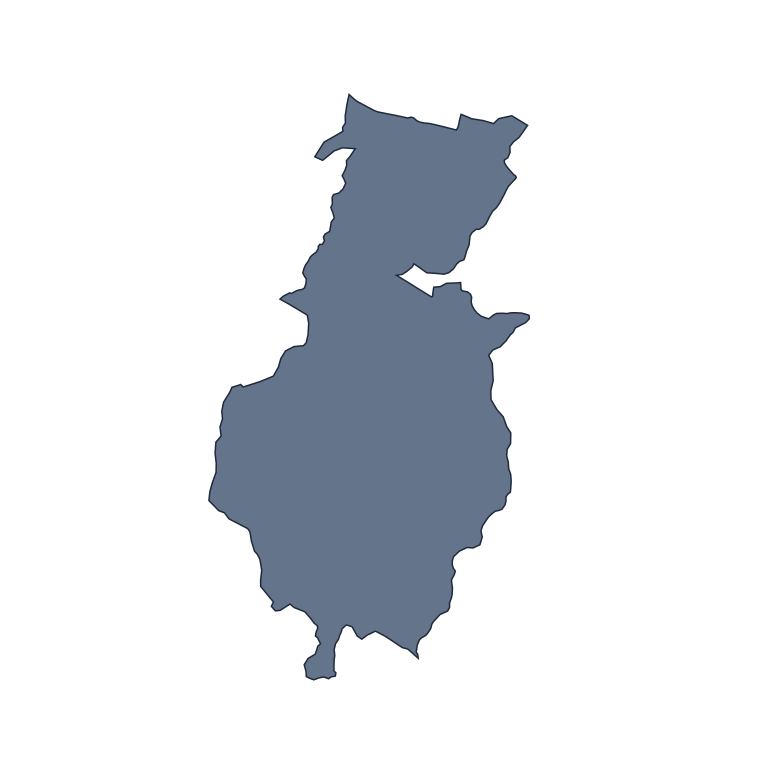 outline of Landero y Coss, Veracruz, Mexico, rotated 206°
{"feature_id": "50627088B86274665639855", "entity_name": "Landero y Coss", "entity_type": "district", "adm_level": 2, "iso_a3": "MEX", "parent_name": "Mexico", "parent_adm1": "Veracruz", "projection": "orthographic", "projection_center": [-96.854, 19.743], "detail": "fine", "context": "isolated", "style": "filled", "palette": "slate", "viewbox_px": 768, "rotation_deg": 206, "n_neighbors": 0, "source": "geoboundaries", "source_scale": "gbopen_adm2", "svg_char_len": 6064}
<svg xmlns="http://www.w3.org/2000/svg" viewBox="0 0 768 768"><g transform="rotate(206 384 384)"><path d="M542.3,628.9L540.0,619.7L539.6,618.2L536.4,608.0L535.3,605.9L533.1,601.6L533.4,599.4L533.7,596.5L532.6,594.5L531.8,593.0L537.9,583.9L543.9,575.2L544.0,574.2L544.4,570.8L545.8,557.9L543.6,557.9L542.5,558.0L537.2,558.1L535.5,561.8L532.8,567.6L531.0,571.6L527.3,575.5L525.0,578.0L524.9,578.1L513.7,582.6L513.0,582.9L513.7,578.0L514.3,573.7L515.7,568.3L515.2,567.4L514.0,565.3L513.4,564.3L513.1,561.5L512.8,559.4L512.8,556.9L512.9,552.9L512.5,552.5L510.5,551.2L506.5,547.7L506.4,545.5L506.3,541.4L507.3,538.6L508.3,535.8L512.4,532.1L512.4,528.9L511.2,526.7L509.3,523.1L509.2,519.4L505.6,516.0L505.2,515.7L501.4,511.4L502.1,508.1L502.4,506.4L500.3,499.4L499.7,497.4L502.7,492.9L502.9,489.5L502.7,489.4L500.3,486.5L500.6,482.7L500.6,482.4L502.9,481.4L503.2,479.9L503.4,479.0L503.0,478.1L502.4,476.6L502.8,472.6L503.4,471.6L504.7,469.0L505.2,467.9L505.9,465.8L505.9,461.2L506.7,456.7L506.5,452.4L506.2,451.1L505.9,449.5L505.6,448.1L502.5,445.8L500.0,444.5L498.2,440.2L497.7,436.3L497.6,435.5L498.9,433.3L502.7,430.3L503.1,429.9L504.2,428.5L506.7,424.9L508.1,424.6L508.8,424.5L513.1,418.6L514.7,414.7L505.2,414.2L498.2,413.6L497.9,413.6L488.8,412.8L484.4,412.4L483.2,412.3L481.9,410.6L478.2,405.4L478.1,405.1L473.8,394.8L472.0,387.0L473.2,383.1L474.8,382.1L476.2,381.3L481.2,378.3L487.0,370.6L487.9,361.9L486.3,352.7L486.7,346.2L486.9,342.5L488.0,341.3L496.6,331.7L509.2,319.6L512.6,320.7L514.8,318.5L518.5,315.0L519.2,314.4L519.0,309.0L520.2,297.5L520.2,297.2L519.5,294.6L518.7,291.6L517.9,288.5L515.8,285.1L513.8,281.7L513.6,280.3L512.6,273.5L507.6,265.8L508.1,263.8L509.6,258.1L506.3,249.8L505.4,247.6L499.9,239.0L498.5,235.9L496.2,231.0L494.9,219.3L494.3,216.1L493.3,210.8L490.3,202.5L486.6,201.2L477.0,197.7L470.8,198.3L464.3,194.9L462.9,194.8L443.3,194.3L439.7,192.4L434.0,184.3L427.0,176.9L423.4,175.5L418.8,172.2L412.2,162.9L409.0,153.8L406.1,148.0L387.8,139.6L387.8,134.8L382.2,132.5L378.2,134.9L372.0,145.0L366.7,143.7L356.5,144.5L355.2,144.5L354.0,144.0L346.8,141.0L346.7,140.9L341.9,138.4L340.3,138.1L338.0,137.6L337.4,136.7L336.5,135.3L336.4,134.1L336.3,131.4L335.3,127.9L335.2,127.4L332.4,126.8L327.2,122.6L327.3,122.3L328.6,119.2L327.9,115.7L327.5,111.5L327.4,110.9L328.6,109.2L331.9,104.1L332.0,103.7L332.2,101.2L332.7,96.8L328.9,92.4L328.1,91.5L325.5,86.9L320.7,87.0L317.3,87.4L313.7,91.3L309.6,94.3L304.6,94.8L303.1,97.6L300.9,99.2L299.7,100.1L300.6,103.3L303.3,104.2L303.6,105.0L305.3,108.5L305.8,109.6L307.8,114.0L308.6,116.5L309.2,118.3L312.3,123.4L312.4,123.5L313.1,126.7L313.7,129.2L313.0,134.5L313.4,137.2L313.6,138.4L313.8,143.0L314.4,145.6L314.0,146.5L312.3,150.8L312.2,151.0L306.2,151.8L305.6,151.4L297.7,145.8L292.1,144.9L289.1,150.8L283.4,158.1L272.2,157.8L263.8,156.7L252.0,155.1L246.5,156.2L243.1,155.3L233.0,152.5L235.2,155.8L235.4,155.9L237.7,157.3L238.4,160.3L239.6,163.3L240.0,169.1L240.0,169.3L239.6,170.6L239.0,172.4L236.3,176.2L236.2,176.6L235.5,179.1L235.3,180.1L234.8,184.8L235.7,189.0L235.5,190.8L235.2,192.8L233.8,197.3L232.7,201.2L231.1,203.2L229.9,204.6L227.3,207.8L227.2,208.9L227.1,211.8L229.1,216.0L229.6,220.5L229.6,221.0L230.4,224.4L231.2,226.3L233.1,230.8L235.8,234.7L237.5,237.6L237.3,243.4L237.8,247.0L240.8,248.7L243.3,251.3L245.0,254.8L245.8,259.3L243.0,266.8L238.5,272.4L237.8,273.4L232.1,275.7L228.1,280.6L227.3,281.5L228.5,288.9L228.6,289.6L232.5,294.5L233.2,299.5L233.2,299.8L232.8,303.4L232.3,306.8L231.8,310.1L230.0,315.0L228.2,318.5L225.2,320.8L223.0,323.3L222.8,324.7L222.3,327.9L222.2,328.1L223.0,332.1L224.9,336.1L224.7,337.4L224.5,339.0L223.0,342.2L224.2,345.4L225.0,347.3L226.1,350.1L227.1,352.4L228.5,354.9L230.6,358.4L234.7,362.4L236.2,365.0L238.2,368.5L242.1,373.0L242.3,373.4L243.8,377.1L244.7,379.3L244.4,382.1L244.1,385.9L248.6,395.6L249.1,395.9L253.5,398.6L255.3,399.7L258.2,402.6L262.5,406.8L270.0,409.9L271.3,410.5L273.9,412.2L281.1,417.0L281.5,417.9L284.9,424.5L285.1,424.9L287.3,434.8L292.3,443.8L295.7,449.9L302.5,455.7L301.0,462.4L299.6,464.1L295.8,468.5L295.5,469.5L293.3,476.1L293.1,476.7L293.1,477.1L292.1,483.3L290.6,487.2L290.6,489.6L290.6,491.7L290.6,491.8L287.3,496.4L283.6,501.3L283.3,502.2L282.0,506.4L283.7,509.3L286.7,509.0L289.1,508.5L291.6,508.0L297.4,505.5L299.2,504.6L301.4,503.5L304.3,501.2L305.9,500.6L308.6,499.5L312.2,497.6L313.7,496.8L314.9,495.2L316.0,493.8L318.4,488.5L321.8,488.0L326.4,487.5L327.9,487.8L329.9,488.3L331.7,488.7L335.2,490.3L339.0,492.9L341.6,495.9L341.9,496.9L342.1,497.2L343.3,500.5L345.6,502.6L349.4,503.4L354.7,502.0L355.9,502.7L356.4,503.0L356.7,503.6L359.6,508.8L362.8,506.8L365.6,505.3L367.3,504.4L372.0,501.9L376.1,496.2L379.5,494.2L381.7,492.9L381.4,491.8L380.3,488.3L378.8,483.9L379.2,483.2L379.3,483.1L384.9,483.6L389.9,484.1L407.4,485.9L420.4,487.2L415.7,490.5L412.8,495.2L412.8,495.3L411.6,498.0L410.0,501.5L409.8,505.1L405.9,504.6L401.4,503.9L396.2,503.0L394.2,502.7L389.2,504.8L386.0,506.1L381.8,507.7L378.3,509.0L374.6,512.3L372.1,517.7L371.6,521.4L371.3,523.7L371.0,524.4L369.8,527.3L368.4,528.8L367.2,530.1L366.6,530.8L367.0,534.2L367.2,535.2L367.9,538.6L368.1,539.7L368.5,546.3L370.5,551.8L371.6,554.8L371.2,558.8L369.0,563.4L366.2,564.9L363.6,569.1L362.5,572.9L362.5,580.8L362.1,586.9L361.3,589.0L360.3,591.6L359.4,596.7L359.0,607.4L359.1,611.2L358.8,616.3L358.2,618.2L357.8,619.9L357.7,620.2L356.5,624.0L356.2,624.8L355.6,627.6L357.2,628.8L359.2,629.0L365.0,631.4L367.6,632.6L369.7,633.6L372.9,635.8L374.0,638.1L371.9,641.6L372.0,642.5L372.2,647.4L375.0,652.6L373.7,658.5L373.0,659.9L370.7,664.8L368.3,679.4L368.7,679.4L374.9,680.0L386.7,681.1L390.4,678.2L397.2,672.8L399.7,666.1L410.5,664.2L421.6,660.8L425.1,660.7L432.9,660.2L431.8,654.1L430.6,650.0L430.1,647.2L430.2,645.1L430.3,644.0L444.2,641.1L453.2,639.1L457.5,638.0L462.4,636.2L467.1,635.0L470.1,635.1L474.4,636.2L476.9,635.6L479.2,633.5L488.1,631.3L489.2,631.0L489.9,630.9L495.1,629.5L500.6,628.0L502.6,627.5L508.6,625.9L511.2,625.6L512.8,625.5L521.7,625.8L532.2,626.2L532.6,626.3L536.6,627.2L542.3,628.9Z" fill="#64748b" stroke="#1e293b" stroke-width="1.5"/></g></svg>